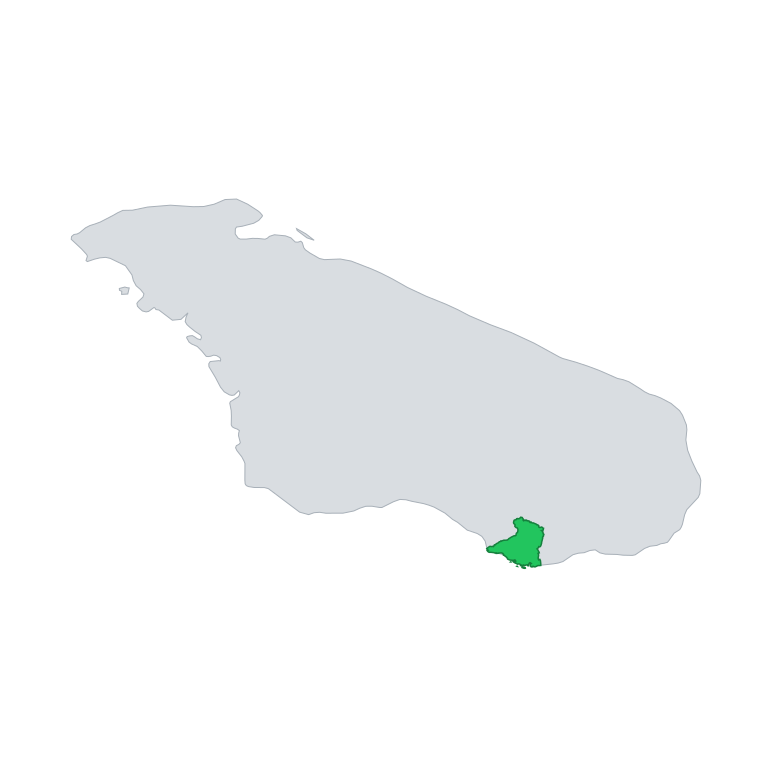 Morombe, Atsimo-Andrefana, Madagascar shown in context, rotated 275°
{"feature_id": "10022922B72547257848133", "entity_name": "Morombe", "entity_type": "district", "adm_level": 2, "iso_a3": "MDG", "parent_name": "Madagascar", "parent_adm1": "Atsimo-Andrefana", "projection": "albers", "projection_center": [43.782, -21.873], "detail": "fine", "context": "in_parent", "style": "filled", "palette": "green", "viewbox_px": 768, "rotation_deg": 275, "n_neighbors": 0, "source": "geoboundaries", "source_scale": "gbopen_adm2", "svg_char_len": 8658}
<svg xmlns="http://www.w3.org/2000/svg" viewBox="0 0 768 768"><g transform="rotate(275 384 384)"><path d="M516.2,77.2L518.3,82.3L520.6,87.2L528.2,99.2L531.4,103.8L534.2,108.7L535.2,118.2L539.7,133.2L543.5,155.6L544.0,178.5L545.1,189.0L548.3,199.1L553.9,209.6L555.4,221.0L551.2,232.6L545.4,243.5L544.0,245.5L541.3,248.2L540.2,248.0L536.1,245.0L532.8,240.2L528.8,229.0L527.5,223.4L525.6,222.4L520.5,222.7L516.6,226.0L515.8,228.2L516.4,234.4L517.6,240.1L518.0,245.8L517.9,252.9L519.1,255.1L521.1,257.0L523.1,261.8L523.0,272.9L521.5,278.5L517.7,283.2L517.8,285.9L519.0,288.7L517.7,290.3L512.8,292.2L510.8,294.0L508.0,298.8L503.4,308.7L502.7,313.8L504.7,329.5L503.6,340.6L497.5,361.6L494.1,371.5L489.3,383.4L482.2,399.0L475.0,418.7L468.8,439.0L464.4,451.2L459.4,463.2L452.4,484.5L446.4,506.1L437.8,529.9L426.2,556.3L425.0,559.8L422.4,573.4L419.6,585.2L416.4,596.8L409.9,616.1L409.1,622.0L407.6,627.7L401.5,639.8L399.0,644.2L397.1,649.0L396.0,655.1L394.2,660.9L389.7,671.6L383.2,680.8L378.9,684.1L369.6,688.8L364.9,689.7L354.5,689.6L344.4,692.3L333.9,697.5L323.7,703.5L319.9,706.4L315.6,708.0L302.3,708.2L298.4,706.9L285.2,696.6L280.0,694.9L270.3,693.5L267.3,692.6L264.7,691.3L260.7,686.0L252.9,681.5L251.0,680.1L249.8,677.0L249.0,673.7L247.0,669.9L245.5,662.9L242.9,657.9L235.7,649.1L234.9,646.3L234.3,637.1L234.5,630.8L233.8,619.2L234.6,613.8L237.2,608.9L236.1,603.7L233.4,598.1L232.4,592.4L230.4,587.1L222.7,577.7L220.8,573.1L219.6,568.3L216.6,553.3L216.3,548.1L216.7,537.1L217.7,531.4L219.6,527.5L220.0,524.5L221.3,522.0L223.1,520.0L224.3,517.5L227.2,503.4L230.8,500.3L236.3,498.5L240.7,494.8L243.2,489.9L245.7,479.6L252.6,469.4L255.1,464.1L260.7,456.0L265.7,444.7L267.2,439.3L268.3,433.9L269.6,421.8L270.6,415.9L270.4,409.9L267.6,403.8L260.8,392.7L260.6,390.7L261.2,382.5L260.6,376.5L258.1,370.6L254.9,365.0L251.8,354.6L250.2,337.4L250.6,331.1L249.7,325.6L247.3,320.3L249.0,311.1L269.7,277.9L270.4,273.9L269.6,263.8L270.0,257.9L270.8,255.7L272.4,254.4L275.9,253.8L292.7,252.4L294.8,251.4L299.0,248.7L304.8,243.3L307.5,241.7L309.7,242.3L311.2,244.7L313.0,246.0L319.8,243.6L322.4,243.5L325.0,244.0L326.3,241.7L327.1,238.7L328.1,236.6L329.9,235.4L338.7,234.8L344.2,234.1L351.5,232.0L353.0,232.5L358.7,240.2L360.4,240.9L362.7,241.2L364.7,239.9L360.0,235.8L359.4,233.5L359.7,231.0L362.3,225.5L366.6,221.4L376.1,215.3L386.0,208.1L388.9,207.7L391.2,208.9L392.9,217.6L392.6,219.0L394.2,219.2L396.0,218.2L397.7,214.7L397.9,211.8L396.6,209.0L396.0,206.6L396.0,204.5L401.1,199.5L405.1,194.7L407.1,188.9L408.7,186.2L412.9,183.3L414.1,183.8L415.0,186.3L415.5,188.9L414.3,191.5L412.8,194.0L412.1,197.4L414.4,198.1L416.6,197.3L419.9,191.2L423.7,185.5L426.0,182.5L428.8,180.5L433.4,181.0L437.8,182.5L430.7,176.1L429.1,167.6L438.1,153.3L438.3,150.3L439.6,149.4L440.2,148.2L435.8,143.2L435.1,140.7L435.7,137.0L438.0,133.8L440.0,131.6L442.8,130.8L444.9,132.1L449.6,136.3L452.9,137.0L456.9,133.2L460.3,128.5L465.2,125.3L470.7,123.4L479.3,116.1L485.3,100.3L485.9,95.7L484.9,90.0L483.1,84.6L480.1,77.8L481.0,76.4L485.5,77.4L487.1,76.5L492.3,70.8L500.9,59.8L503.7,59.9L505.9,62.1L506.7,65.2L508.2,67.6L513.6,73.1L516.2,77.2ZM457.5,120.0L457.5,121.8L451.3,120.9L450.4,114.8L453.5,114.7L454.3,112.3L456.1,112.0L458.0,117.4L457.5,120.0ZM526.7,293.2L521.1,301.9L522.9,294.5L529.4,284.1L531.2,283.3L526.7,293.2Z" fill="#d9dde1" stroke="#a8b0b8" stroke-width="1"/><path d="M261.3,527.9L261.1,528.0L260.9,527.9L260.5,527.6L260.2,527.0L260.1,526.6L260.0,526.2L259.7,525.6L259.4,525.4L259.0,525.4L258.6,525.3L258.3,525.3L257.9,525.1L257.6,525.1L256.8,525.2L256.1,525.7L255.8,526.1L255.6,526.5L255.2,526.8L254.5,526.9L254.1,526.7L253.8,526.7L253.6,526.8L253.0,527.4L252.5,528.1L252.3,528.6L252.3,529.1L252.1,529.4L251.6,529.7L251.1,530.0L249.4,530.2L248.1,529.9L247.6,529.9L247.4,529.4L246.9,528.9L246.4,528.8L245.7,528.7L245.0,528.7L244.6,528.6L244.3,528.2L244.3,527.7L243.9,526.3L243.2,525.3L242.6,524.2L241.5,522.8L240.9,521.9L240.4,521.5L239.9,521.1L239.4,520.6L239.0,518.9L238.8,516.9L238.3,515.9L238.0,514.9L237.6,514.6L237.8,514.1L237.8,513.9L237.3,513.6L237.0,513.2L236.9,512.6L235.6,511.5L235.3,510.8L235.2,510.6L234.5,509.7L234.2,509.4L234.0,509.2L233.5,508.9L233.3,508.5L233.4,508.0L233.2,507.9L232.6,507.8L232.2,507.5L231.9,507.4L231.6,507.2L231.9,506.7L231.5,506.0L231.4,505.7L231.4,505.4L231.5,504.9L231.5,504.5L231.5,504.1L231.5,503.7L231.2,503.2L230.4,502.2L229.8,501.7L229.7,501.4L229.2,500.7L228.9,500.6L228.5,501.0L227.7,501.4L227.6,502.2L227.5,502.4L227.4,502.3L227.2,501.5L227.2,501.3L227.3,501.3L227.2,501.2L226.9,501.5L226.6,501.7L226.1,502.2L225.9,502.5L225.7,502.8L225.5,504.0L225.6,504.4L225.7,505.5L225.6,506.2L225.6,507.6L225.5,508.6L225.2,509.4L225.2,509.6L225.5,509.5L225.5,509.3L225.4,509.9L225.3,510.3L225.3,510.7L225.5,510.8L225.4,511.0L225.2,511.0L225.3,511.2L225.2,511.5L225.3,511.9L225.2,512.1L225.3,512.6L225.6,512.7L225.6,512.8L225.5,513.0L225.8,514.3L225.9,514.7L225.9,515.8L226.0,516.0L225.9,516.1L225.5,517.3L225.2,517.4L224.8,517.8L224.6,518.0L224.2,518.0L224.2,517.8L223.9,517.9L223.8,518.6L223.2,519.5L222.9,519.9L222.6,520.5L222.0,521.3L221.1,522.1L220.5,522.3L220.3,522.5L220.3,522.8L220.1,523.0L219.6,524.9L219.6,527.4L219.5,528.1L219.3,528.4L219.5,528.5L219.8,528.7L220.0,529.1L220.2,529.5L220.1,530.0L219.7,530.3L219.6,530.1L219.4,530.1L219.0,530.5L218.9,530.6L218.7,530.5L218.7,530.4L218.7,530.1L218.5,529.6L218.6,528.9L218.4,528.6L218.4,528.1L218.0,528.4L218.1,528.8L217.9,529.2L217.9,529.4L217.7,529.1L217.6,529.3L217.5,529.8L217.1,530.1L217.1,530.5L216.9,530.8L216.8,531.5L216.6,531.7L216.4,532.2L216.3,532.9L216.2,532.9L216.2,533.1L216.4,533.4L216.5,533.5L216.6,533.9L216.6,534.2L216.5,534.6L216.3,535.1L216.1,535.3L216.1,535.6L215.9,535.9L215.8,536.0L215.6,536.5L215.5,536.9L215.4,537.2L215.4,537.4L215.3,537.9L215.4,538.0L215.3,538.3L215.2,538.3L215.2,538.5L215.3,538.5L215.4,538.9L215.5,538.9L215.6,538.6L215.8,538.7L215.7,538.9L215.7,539.1L215.4,539.2L215.2,539.5L215.6,540.1L215.6,540.3L215.6,540.6L216.0,541.0L216.4,542.3L216.4,543.3L216.2,543.6L218.0,544.2L218.5,544.6L218.7,544.8L218.7,545.3L218.6,545.6L218.0,546.3L217.8,545.8L217.5,545.6L215.9,545.5L215.4,545.6L215.3,546.0L214.9,546.3L215.0,546.6L214.9,546.7L214.7,546.8L214.9,547.4L214.7,547.6L214.8,547.8L215.2,547.9L215.4,548.2L215.4,548.4L215.4,548.8L215.3,549.0L214.9,549.4L215.1,549.8L215.0,550.5L215.9,552.2L216.1,552.3L216.2,552.5L216.4,552.6L216.4,553.2L216.7,553.9L216.6,554.2L216.9,556.0L218.3,555.9L220.4,555.5L221.8,555.2L222.5,554.8L222.9,554.5L222.2,553.5L222.4,553.3L222.7,553.1L223.4,552.9L224.1,552.7L225.3,552.8L226.0,552.9L227.1,552.9L228.0,552.6L228.7,552.2L229.2,553.2L229.3,553.4L230.4,552.9L231.3,552.2L232.4,551.6L232.7,551.2L233.0,551.0L233.1,550.8L233.3,550.8L234.4,552.2L235.3,552.3L235.5,552.3L235.4,553.4L235.5,553.6L236.5,554.3L237.4,554.5L239.4,554.9L239.9,554.8L242.9,555.3L243.9,555.5L244.1,555.5L244.5,555.5L244.6,555.3L244.8,555.3L245.2,555.5L245.6,555.4L246.4,556.1L247.2,556.0L247.8,556.4L248.5,556.1L248.7,555.6L248.9,555.6L249.5,555.4L249.8,555.4L250.4,554.9L250.5,554.8L250.9,555.0L251.0,555.0L251.0,554.5L251.2,554.3L251.8,554.3L252.0,554.5L252.0,554.4L252.3,554.9L252.3,555.2L253.2,555.4L254.1,555.5L254.1,555.3L254.3,555.0L255.2,553.8L255.2,553.2L254.8,552.5L254.8,552.3L254.8,552.2L254.6,551.7L254.7,551.0L255.0,550.7L255.5,550.5L255.9,550.7L256.0,550.7L256.3,550.5L256.6,550.0L257.0,549.7L257.1,549.4L257.1,548.4L257.5,548.2L257.7,547.8L257.9,547.1L258.0,546.6L258.2,546.3L258.3,545.7L258.6,545.2L258.5,543.8L258.9,542.9L259.1,542.8L259.0,542.6L259.3,542.4L259.3,541.7L259.2,541.6L258.9,541.5L259.4,540.8L260.0,540.8L260.1,540.5L260.2,540.3L260.3,539.4L260.2,539.2L260.3,538.9L260.2,538.7L260.5,538.4L260.4,538.1L260.9,537.5L260.9,537.3L260.9,537.2L260.7,536.9L260.4,536.9L260.5,536.4L260.4,536.2L260.7,535.5L260.0,535.0L259.9,535.0L259.9,534.9L260.2,534.6L260.7,534.4L261.4,534.5L261.7,534.4L262.1,534.1L262.5,533.6L262.8,533.5L263.1,533.2L263.2,531.8L263.0,531.7L262.6,531.5L262.3,531.0L261.8,530.5L261.6,530.2L261.5,529.7L261.6,528.6L261.5,528.2L261.3,527.9ZM212.9,540.9L213.3,540.7L213.2,540.2L213.5,539.6L213.4,538.9L213.5,538.6L213.4,538.5L213.0,538.5L212.9,538.6L212.7,538.9L212.7,539.1L212.8,539.2L212.6,539.9L212.7,540.6L212.8,540.8L212.9,540.9ZM215.9,543.6L216.1,543.4L216.0,543.2L216.1,542.9L215.8,542.8L215.7,542.8L215.4,543.3L215.4,543.5L215.9,543.6ZM213.2,538.2L213.5,538.0L213.4,537.9L213.5,537.8L213.5,537.4L213.3,537.4L213.1,537.6L213.0,538.0L213.2,538.2ZM215.3,535.8L215.0,535.8L215.0,536.1L215.3,535.8ZM218.0,526.6L217.8,526.0L217.9,525.8L217.8,525.7L217.8,526.1L217.9,526.5L218.0,526.6ZM213.9,532.7L214.1,532.5L214.0,532.3L213.9,532.5L213.9,532.7Z" fill="#22c55e" stroke="#15803d" stroke-width="1.5"/></g></svg>